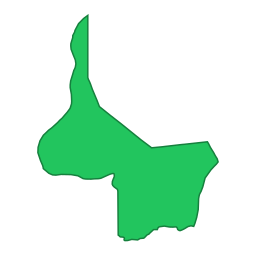 Aguacatán, Huehuetenango, Guatemala (orthographic projection)
{"feature_id": "79465075B67295913435518", "entity_name": "Aguacatán", "entity_type": "district", "adm_level": 2, "iso_a3": "GTM", "parent_name": "Guatemala", "parent_adm1": "Huehuetenango", "projection": "orthographic", "projection_center": [-91.279, 15.403], "detail": "fine", "context": "isolated", "style": "filled", "palette": "green", "viewbox_px": 256, "rotation_deg": 0, "n_neighbors": 0, "source": "geoboundaries", "source_scale": "gbopen_adm2", "svg_char_len": 1929}
<svg xmlns="http://www.w3.org/2000/svg" viewBox="0 0 256 256"><path d="M207.4,141.8L184.5,144.3L182.1,144.5L164.7,146.5L162.4,146.8L159.1,147.1L151.6,147.8L140.7,139.6L121.0,123.7L110.2,115.3L99.4,106.6L97.0,100.4L96.2,98.5L92.8,90.4L92.3,89.2L90.4,83.8L89.6,81.9L89.0,80.6L88.3,79.2L87.8,77.5L87.8,15.4L83.6,18.5L78.6,23.6L75.9,28.7L75.0,30.4L74.6,32.1L72.8,35.5L72.7,37.7L70.9,43.6L70.8,45.9L71.1,49.2L72.1,51.8L73.1,54.5L74.4,57.7L75.3,59.9L75.9,63.9L75.5,66.0L75.3,67.2L74.7,68.7L73.8,70.5L72.8,74.0L70.7,80.8L70.2,84.9L70.2,87.6L71.4,94.4L71.7,101.3L71.5,103.9L70.1,108.3L67.2,112.3L64.9,114.9L62.2,118.1L59.7,120.3L57.7,122.5L51.6,128.0L48.6,130.2L46.4,132.4L43.4,135.2L40.0,140.8L38.1,147.3L37.9,152.7L40.5,160.5L42.7,165.6L43.2,167.6L43.3,168.6L48.9,173.3L52.6,174.9L55.9,175.1L61.2,174.4L71.1,174.6L78.0,175.8L83.1,178.6L85.5,179.0L91.0,179.1L94.7,178.8L98.1,178.7L99.6,178.5L101.0,178.2L109.7,174.3L111.3,173.8L112.3,173.6L112.9,173.5L113.8,173.6L114.1,174.0L114.2,174.6L114.3,175.6L114.2,176.9L113.4,178.7L112.4,181.4L112.2,184.1L112.8,185.5L114.2,187.0L117.1,189.1L117.5,189.7L117.7,190.3L117.9,191.5L118.2,235.1L119.4,236.0L119.8,236.5L120.3,236.9L122.8,237.1L123.4,237.2L124.0,237.6L124.3,237.8L124.4,238.3L124.1,239.3L124.1,240.0L124.5,240.4L124.9,240.6L125.3,240.6L127.7,240.5L131.8,239.4L137.7,239.9L140.1,238.5L143.5,238.2L144.3,237.8L147.1,234.9L148.9,234.1L149.8,233.1L151.0,232.0L153.6,229.6L157.3,229.6L158.0,227.8L159.2,226.8L164.3,226.1L169.5,227.0L172.9,227.1L175.6,226.9L176.3,227.0L176.8,227.4L177.2,227.9L177.7,229.5L179.2,230.5L180.3,230.6L182.3,229.8L184.5,228.7L188.1,226.5L191.0,225.8L193.7,226.4L194.9,223.4L196.7,217.4L198.2,209.6L198.6,198.7L199.1,195.9L199.5,194.4L200.2,193.0L201.1,191.3L202.8,186.8L205.1,178.0L210.8,170.0L214.2,166.3L216.4,164.1L218.1,161.9L217.2,158.8L215.1,155.4L213.8,152.9L210.4,147.4L208.5,143.6L207.4,141.8Z" fill="#22c55e" stroke="#15803d" stroke-width="1.5"/></svg>